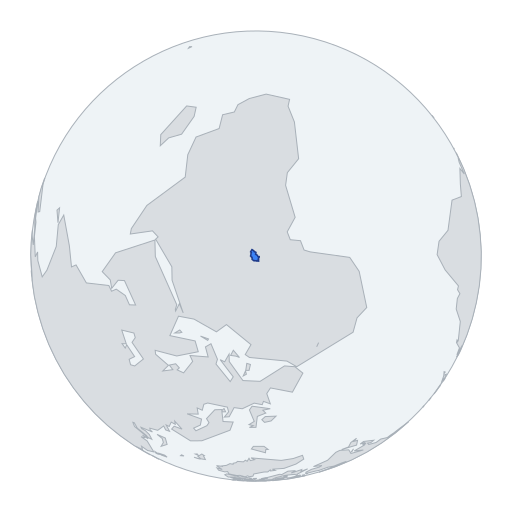 Chari-Baguirmi on an orthographic globe, rotated 195°
{"feature_id": "TCD-5580", "entity_name": "Chari-Baguirmi", "entity_type": "Prefecture", "adm_level": 1, "iso_a3": "TCD", "parent_name": "Chad", "parent_adm1": "", "projection": "orthographic", "projection_center": [15.896, 11.139], "detail": "fine", "context": "on_globe", "style": "filled", "palette": "blue", "viewbox_px": 512, "rotation_deg": 195, "n_neighbors": 0, "source": "natural_earth", "source_scale": "10m", "svg_char_len": 9790}
<svg xmlns="http://www.w3.org/2000/svg" viewBox="0 0 512 512"><g transform="rotate(195 256 256)"><circle cx="256" cy="256" r="225" fill="#eef3f6" stroke="#a8b0b8"/><path d="M182.0,43.2L179.9,44.0L180.6,43.9L175.4,45.8L180.4,44.2L185.1,42.5L188.8,41.4L189.7,41.5L183.2,43.6L181.8,44.0L180.3,44.7L176.7,45.9L179.0,45.3L171.0,48.4L180.0,45.5L174.7,48.1L169.1,50.2L168.2,49.7L153.1,55.6L151.5,56.4L166.5,49.2L182.0,43.2ZM139.1,63.4L128.6,71.1L122.6,75.2L115.6,81.0L119.5,78.4L126.4,73.2L131.9,70.6L139.7,65.2L143.0,63.6L151.6,58.8L151.8,60.1L147.3,64.2L140.2,68.5L138.1,70.7L146.0,67.5L134.0,77.2L128.1,87.0L124.8,89.9L116.2,92.8L113.2,89.8L102.1,96.4L110.7,93.1L102.4,101.4L101.6,103.5L102.9,103.9L106.7,101.3L104.1,104.7L94.6,108.5L96.8,105.5L99.8,104.1L98.3,103.1L91.8,106.9L88.1,111.5L82.2,114.6L79.5,118.1L76.7,121.2L81.4,115.1L72.8,126.5L65.6,135.5L75.4,121.3L86.3,107.8L98.2,95.2L111.0,83.6L124.7,73.0L139.1,63.4ZM34.0,217.4L34.9,212.9L36.2,210.1L33.7,223.0L36.4,212.5L35.7,219.9L39.7,224.0L38.7,226.5L41.7,245.6L48.9,256.6L50.5,267.1L49.3,272.4L52.6,275.6L52.7,279.5L69.7,291.5L81.4,304.2L83.0,317.6L77.2,330.5L81.1,360.7L73.0,366.6L77.2,378.3L81.7,393.3L76.0,389.1L84.0,399.1L86.1,403.0L84.2,401.5L89.4,407.6L88.6,406.8L77.8,393.8L67.9,379.9L59.1,365.4L51.4,350.2L44.9,334.5L39.5,318.4L35.4,301.9L32.6,285.2L31.1,268.2L30.8,251.2L31.8,234.3L34.0,217.4ZM92.0,410.4L92.9,411.4L93.2,411.7L92.0,410.4ZM48.3,168.8L44.7,179.3L44.5,178.3L45.2,176.8L47.0,171.9L48.3,168.8ZM55.0,154.6L55.6,153.1L55.4,153.7L55.0,154.6ZM150.9,58.6L151.2,58.7L149.5,59.5L150.9,58.6ZM154.3,56.5L152.1,57.4L153.4,56.6L154.7,56.1L154.3,56.5ZM156.8,55.8L155.9,55.1L158.2,53.7L165.4,50.8L156.8,55.8ZM186.2,42.1L181.3,43.8L184.6,42.5L186.2,42.1ZM207.2,36.1L202.5,37.2L197.3,38.5L201.8,37.4L187.4,41.5L189.2,40.9L207.2,36.1ZM190.6,40.9L190.8,40.6L197.5,38.7L198.1,39.0L195.8,39.5L190.6,40.9ZM208.2,35.8L207.9,35.9L208.2,35.8ZM194.7,39.9L198.3,39.2L195.9,40.3L190.7,41.1L194.7,39.9ZM198.9,38.2L202.1,37.4L200.6,37.9L198.9,38.2ZM189.5,44.3L189.7,43.6L193.2,42.4L189.5,44.3ZM199.8,38.9L200.6,38.6L202.0,38.2L203.8,38.0L199.8,38.9ZM210.4,35.4L210.3,35.5L214.4,34.6L216.4,34.4L209.7,35.8L213.5,35.1L214.1,35.0L207.9,36.3L210.4,35.4ZM209.8,36.8L201.9,39.1L200.8,40.5L197.7,41.4L200.1,39.1L209.8,36.8ZM209.2,36.3L208.9,36.7L205.2,37.5L203.1,37.7L209.2,36.3ZM220.2,33.8L218.8,33.8L220.4,33.6L220.2,33.8ZM210.2,37.0L212.1,36.4L210.6,37.0L210.2,37.0ZM218.0,34.5L217.3,34.4L219.0,34.1L218.0,34.5ZM216.4,35.6L213.9,36.3L212.4,36.3L216.4,35.6ZM217.7,35.0L220.3,34.6L213.4,35.9L217.1,35.0L217.7,35.0ZM219.7,34.2L220.5,34.0L219.8,34.3L219.7,34.2ZM223.5,35.5L215.2,37.1L211.9,37.1L220.5,35.4L223.5,35.5ZM120.0,435.6L119.7,435.3L121.6,436.7L122.4,437.4L120.0,435.6ZM466.3,175.3L465.1,172.4L468.0,181.3L473.9,198.8L477.1,213.0L478.7,223.5L477.9,218.5L474.0,209.0L476.9,225.5L479.9,236.9L481.1,252.3L480.3,248.8L478.7,235.5L477.3,231.7L475.1,217.5L469.0,198.0L468.0,203.4L465.6,195.2L457.1,180.5L454.3,188.1L451.4,213.5L455.1,235.1L452.3,245.8L438.9,217.5L431.4,197.7L427.5,200.8L412.9,186.1L390.5,189.4L386.4,184.6L382.4,187.8L372.0,184.0L365.6,176.1L359.6,177.5L376.7,198.2L382.9,196.9L387.0,187.4L390.6,195.2L400.5,201.1L392.5,222.7L357.8,245.3L353.1,229.4L319.9,188.4L320.1,183.5L319.9,183.0L319.4,182.0L317.7,190.1L311.6,182.2L330.8,210.9L334.5,223.8L357.3,246.3L355.5,249.1L362.5,253.5L383.1,244.7L383.5,250.2L374.5,276.6L344.8,313.9L348.1,336.2L344.7,355.4L324.6,369.6L324.8,383.8L314.2,389.5L312.6,397.5L303.2,406.4L288.1,415.0L264.1,416.0L263.8,409.0L253.6,395.4L240.0,361.0L247.3,344.6L245.7,331.9L228.2,303.5L232.1,287.4L227.1,280.6L217.0,282.3L211.1,274.2L204.8,274.0L165.1,278.9L152.4,267.9L135.7,234.9L142.4,222.4L142.5,207.5L188.0,159.6L198.9,162.5L236.1,156.3L240.9,158.0L237.9,169.1L266.8,182.1L274.6,172.5L299.6,179.0L315.3,177.8L318.6,156.8L292.8,158.2L287.0,148.6L306.7,138.9L329.0,138.8L327.5,135.1L312.3,127.7L316.3,120.8L306.9,124.7L311.5,128.2L305.7,131.1L301.1,128.1L302.7,125.6L295.7,124.4L289.9,137.8L294.0,142.8L276.1,146.1L281.3,155.1L276.8,159.6L266.5,146.3L266.7,141.3L248.4,128.0L246.7,133.4L263.8,146.6L258.9,145.7L256.6,154.3L254.5,147.1L236.4,132.3L219.6,136.0L200.0,157.2L189.8,159.1L180.4,155.0L185.6,133.9L207.9,132.3L210.0,125.9L203.9,116.9L211.2,117.5L211.5,114.0L219.7,113.4L229.7,104.9L237.9,103.9L240.3,93.8L244.9,92.2L242.1,98.4L244.6,102.6L264.6,101.5L268.0,99.3L268.0,93.1L273.5,94.0L270.9,88.3L281.7,85.7L266.4,84.4L266.0,78.3L271.7,73.6L268.8,71.6L259.5,79.4L258.3,82.9L261.7,86.1L256.0,96.8L249.4,98.8L245.0,87.6L235.1,89.7L236.0,81.0L260.5,63.5L271.4,60.5L292.7,67.0L291.0,70.4L282.6,69.6L291.8,75.5L290.4,72.5L294.9,73.6L295.7,68.9L299.0,69.5L294.1,64.3L298.2,64.6L301.2,67.9L305.8,62.2L314.0,62.2L313.4,60.8L310.5,59.2L322.8,60.8L321.8,59.7L317.5,58.6L312.8,55.9L309.2,52.0L313.6,52.8L315.5,54.3L326.1,59.0L330.5,63.5L331.9,63.5L329.2,59.9L316.3,54.0L312.9,51.5L319.3,53.7L316.7,52.7L316.4,51.8L320.3,51.7L313.3,49.2L304.0,40.3L310.5,40.1L317.3,42.6L315.5,39.6L323.0,41.1L318.9,40.0L315.3,38.7L312.9,38.1L310.7,37.5L308.5,36.9L324.7,41.4L340.5,47.2L355.8,54.0L370.6,62.0L384.7,71.1L398.1,81.2L410.8,92.3L422.5,104.3L433.4,117.1L443.2,130.7L452.0,145.0L459.8,159.9L466.3,175.3ZM173.9,184.0L173.1,188.4L173.1,188.5L173.9,184.0ZM354.0,150.0L366.5,149.7L358.6,137.6L362.7,136.7L358.5,133.2L357.9,136.8L347.2,127.4L351.8,123.4L349.0,118.5L344.7,118.4L338.1,127.4L353.4,140.5L351.5,145.9L354.0,150.0ZM39.9,223.9L40.1,227.0L39.2,226.3L39.9,223.9ZM42.7,183.4L42.5,184.2L41.8,186.6L41.7,186.5L42.4,184.5L42.7,183.4ZM44.0,190.8L44.4,193.0L43.2,192.9L44.0,190.8ZM44.2,181.4L43.6,189.6L41.5,191.1L42.2,186.2L42.7,186.5L44.2,181.4ZM51.7,161.1L51.1,162.5L50.2,164.6L51.7,161.1ZM54.8,155.1L55.8,153.0L54.8,155.1ZM103.0,101.1L103.6,101.0L104.2,102.1L102.4,103.0L103.0,101.1ZM116.1,100.4L111.7,106.0L113.5,102.3L110.2,104.2L109.9,99.4L123.2,91.2L117.2,95.5L116.1,100.4ZM113.2,91.6L111.9,95.0L112.8,91.7L113.2,91.6ZM204.7,97.5L208.0,99.4L205.5,103.3L195.2,106.5L198.7,100.6L204.7,97.5ZM213.2,101.4L211.7,90.5L218.0,88.7L214.7,91.4L219.1,91.3L214.9,95.8L222.5,105.6L220.9,109.9L202.7,112.2L209.5,108.8L205.9,106.8L213.2,101.4ZM196.5,71.5L195.9,68.4L210.5,68.4L209.3,71.4L199.0,74.2L194.2,72.3L196.5,71.5ZM169.6,51.5L168.4,51.5L170.2,50.8L172.7,50.1L169.6,51.5ZM189.3,44.1L176.6,51.3L174.6,51.5L169.5,56.4L162.3,58.9L165.8,55.5L156.5,61.6L156.8,59.6L151.0,63.8L159.7,56.0L159.6,54.9L162.4,55.0L169.0,52.5L171.9,51.2L179.8,46.8L182.9,44.1L190.0,41.8L194.1,41.0L194.5,41.3L189.8,42.5L193.6,42.1L187.1,44.2L189.3,44.1ZM238.9,41.2L233.4,41.0L239.9,43.3L233.4,44.2L234.6,44.4L230.4,46.1L227.4,48.7L224.2,48.9L224.4,49.9L221.6,51.3L220.8,52.8L214.9,53.9L213.4,56.0L211.4,55.4L210.4,58.8L208.5,56.9L204.7,58.9L208.6,59.7L178.7,65.1L167.6,70.0L159.5,75.5L157.3,72.2L163.5,65.4L174.0,58.1L185.0,54.3L182.0,53.9L186.3,52.1L186.9,53.1L188.7,50.5L192.4,49.4L201.7,44.9L202.0,42.5L205.4,41.1L207.2,41.5L209.3,39.9L215.0,39.9L217.6,39.0L225.7,38.5L227.6,40.4L230.3,39.4L236.6,39.4L238.9,41.2ZM225.7,35.3L229.5,36.6L227.8,38.0L214.3,38.4L211.2,39.2L202.5,40.2L205.2,38.4L207.4,38.2L210.2,37.6L208.3,38.4L211.9,37.4L215.1,37.2L218.8,36.5L219.0,37.0L225.7,35.3ZM245.7,153.7L249.3,154.1L254.8,153.4L253.5,159.1L245.7,153.7ZM233.1,143.7L236.3,142.9L237.1,149.9L233.3,149.8L233.1,143.7ZM237.3,136.8L236.4,142.3L234.7,139.3L237.3,136.8ZM245.0,97.6L248.3,96.7L248.9,98.1L247.4,100.4L245.0,97.6ZM257.1,50.7L254.2,49.8L255.0,49.3L252.2,46.3L256.7,45.8L260.2,47.4L257.1,50.7ZM314.6,160.6L310.5,164.8L307.9,163.1L309.9,161.9L314.6,160.6ZM280.8,162.0L288.9,164.3L280.4,163.6L280.8,162.0ZM261.6,49.6L259.9,48.4L263.3,49.0L261.6,49.6ZM260.0,45.3L263.8,45.6L257.0,45.4L260.0,45.3ZM375.0,439.2L374.4,441.0L372.0,441.7L375.0,439.2ZM379.4,348.6L361.8,383.0L352.3,384.2L351.9,374.8L359.4,354.4L370.9,347.5L377.0,337.7L379.4,348.6ZM480.3,276.8L480.3,270.2L476.4,242.9L477.9,242.1L481.1,257.2L481.1,260.6L481.1,265.8L480.3,276.8ZM455.9,236.9L460.1,248.8L458.2,251.7L455.9,236.9ZM469.0,182.7L469.4,183.8L468.3,180.7L467.4,178.2L469.0,182.7ZM298.4,47.6L297.2,51.9L299.4,55.5L305.4,58.1L296.5,56.7L293.1,51.0L298.4,47.6ZM302.8,40.9L297.6,39.3L300.1,39.3L301.7,39.7L302.8,40.9ZM299.5,40.4L292.6,40.0L289.8,38.7L295.8,39.2L299.5,40.4ZM277.2,43.6L276.5,44.7L273.8,44.2L277.2,43.6ZM309.5,37.3L306.6,36.5L307.5,36.7L309.5,37.3ZM299.0,34.9L300.0,35.1L297.1,34.5L299.0,34.9ZM302.6,36.0L299.5,35.1L305.1,36.5L302.6,36.0Z" fill="#d9dde1" stroke="#a8b0b8" stroke-width="1"/><path d="M252.4,252.2L252.2,252.0L252.2,251.9L252.2,251.7L252.5,251.6L252.8,251.6L253.2,251.5L253.6,251.4L254.0,251.3L254.1,251.5L254.5,251.6L254.7,251.4L255.3,251.2L255.9,251.3L256.3,251.2L256.6,250.8L258.4,251.5L258.9,251.7L259.0,252.2L259.0,252.6L259.2,252.8L259.4,253.1L259.4,253.6L259.6,253.8L259.9,253.8L260.2,253.8L260.5,254.1L260.7,254.3L261.3,254.6L261.2,255.6L261.4,256.6L261.5,257.5L261.4,258.2L262.3,258.6L261.6,261.2L261.4,261.2L261.2,261.1L260.9,261.0L260.9,260.9L260.7,260.8L260.5,260.7L260.4,260.7L260.1,260.7L259.9,260.6L259.7,260.5L259.6,260.4L259.4,260.4L259.2,260.3L258.9,260.1L258.8,259.9L258.8,259.7L258.7,259.6L258.3,259.7L258.1,259.7L257.3,259.7L257.2,259.6L257.1,259.4L256.9,259.3L256.9,259.2L256.8,258.7L256.9,257.6L256.7,257.5L256.4,257.4L256.2,257.4L255.6,257.3L255.4,257.3L255.2,257.0L255.0,256.9L254.9,256.9L254.7,256.9L254.6,256.7L254.4,256.5L254.3,256.4L254.2,256.3L254.2,256.1L254.0,255.9L253.9,255.9L253.7,255.8L253.4,255.8L253.2,256.0L252.7,256.2L252.6,255.8L252.7,255.6L252.8,255.4L252.7,255.2L252.8,255.1L252.8,254.9L253.0,254.6L253.0,254.3L252.9,254.2L252.8,253.9L252.8,253.7L253.0,253.5L252.9,253.2L252.7,253.2L252.8,252.9L252.7,252.8L252.8,252.7L252.7,252.6L252.8,252.5L252.7,252.4L252.8,252.4L253.0,252.3L253.0,252.2L252.9,252.0L252.8,251.9L252.7,251.9L252.6,252.0L252.4,252.2Z" fill="#3b82f6" stroke="#1e3a8a" stroke-width="1.5"/></g></svg>